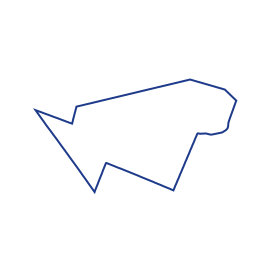 map outline of Tiris Zemmour (Albers equal-area conic projection), rotated 202°
{"feature_id": "MRT-2783", "entity_name": "Tiris Zemmour", "entity_type": "Region", "adm_level": 1, "iso_a3": "MRT", "parent_name": "Mauritania", "parent_adm1": "", "projection": "albers", "projection_center": [-9.84, 24.319], "detail": "fine", "context": "isolated", "style": "outline", "palette": "blue", "viewbox_px": 256, "rotation_deg": 202, "n_neighbors": 0, "source": "natural_earth", "source_scale": "10m", "svg_char_len": 1814}
<svg xmlns="http://www.w3.org/2000/svg" viewBox="0 0 256 256"><g transform="rotate(202 128 128)"><path d="M135.0,56.1L139.3,58.9L143.7,61.7L148.0,64.5L152.3,67.2L156.6,70.0L161.0,72.8L165.3,75.5L169.7,78.2L174.1,81.0L178.4,83.7L182.8,86.4L187.2,89.2L190.9,91.5L194.7,93.8L198.4,96.1L201.6,98.0L202.1,98.3L204.9,100.0L208.7,102.5L212.6,104.9L216.5,107.4L220.4,109.9L215.6,110.1L210.7,110.2L205.8,110.4L201.0,110.5L196.1,110.7L191.2,110.8L186.4,110.9L181.5,111.1L181.7,113.0L182.0,114.9L182.3,116.8L182.5,118.8L182.8,120.7L183.0,122.6L183.3,124.6L183.5,126.5L183.8,128.5L88.6,196.2L52.6,199.9L38.5,194.2L37.9,194.0L37.5,183.9L37.3,177.8L37.0,171.8L36.8,170.2L35.8,167.0L35.6,165.5L35.9,163.9L36.7,162.3L38.6,159.7L39.1,159.1L41.3,157.6L44.2,155.7L46.6,154.1L48.0,153.2L49.4,152.7L53.2,152.2L54.0,152.0L58.9,149.7L61.2,149.2L61.5,148.8L61.6,147.9L61.6,146.0L61.7,144.1L61.7,142.3L61.7,140.5L61.7,138.6L61.8,136.8L61.8,135.0L61.8,133.1L61.9,131.3L61.9,129.5L61.9,127.6L61.9,125.8L62.0,123.9L62.0,122.1L62.0,120.3L62.1,118.4L62.1,116.6L62.1,114.8L62.1,112.9L62.2,111.1L62.2,109.2L62.2,107.4L62.3,105.6L62.3,103.7L62.3,101.9L62.3,100.1L62.4,98.2L62.4,96.4L62.4,94.5L62.5,92.7L62.5,90.9L62.5,89.0L62.5,87.2L64.7,87.2L66.9,87.3L69.1,87.3L71.3,87.3L73.5,87.3L75.7,87.4L77.9,87.4L80.1,87.4L82.3,87.4L84.5,87.5L86.7,87.5L88.9,87.5L91.1,87.5L93.3,87.5L95.5,87.5L97.7,87.5L99.9,87.6L102.1,87.6L104.3,87.6L106.5,87.6L108.7,87.6L110.9,87.6L113.1,87.6L115.3,87.6L117.5,87.6L119.7,87.6L121.9,87.5L124.1,87.5L126.3,87.5L128.5,87.5L130.7,87.5L132.9,87.5L134.8,87.5L135.2,87.3L135.3,87.0L135.3,85.9L135.3,85.6L135.3,84.6L135.3,83.2L135.3,81.3L135.3,79.0L135.2,76.5L135.2,73.8L135.2,71.0L135.2,68.2L135.1,65.5L135.1,63.0L135.1,60.8L135.1,58.9L135.1,57.4L135.0,56.5L135.0,56.1Z" fill="none" stroke="#1e3a8a" stroke-width="2"/></g></svg>